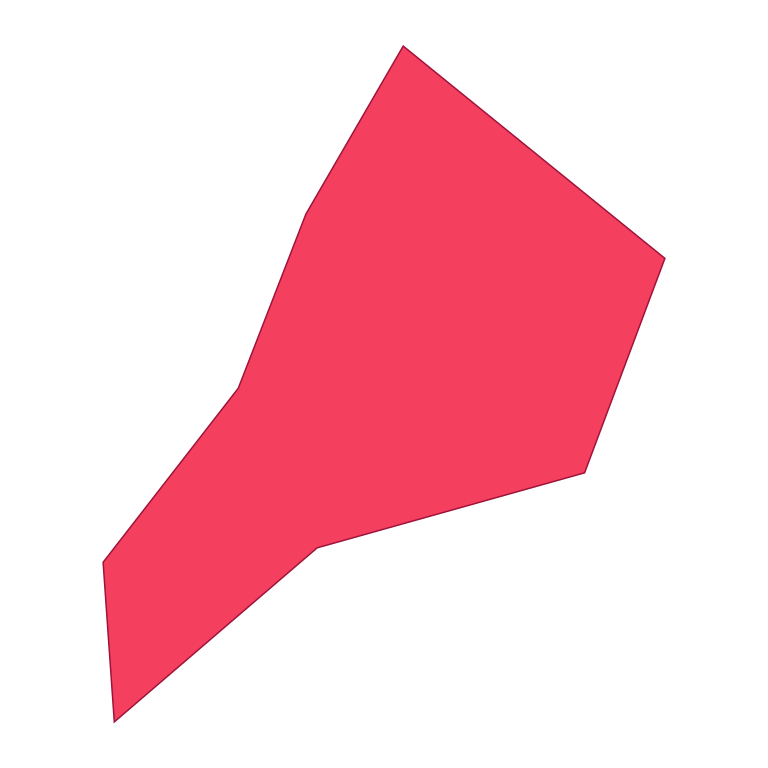 outline of Schellenberg
{"feature_id": "LIE-4899", "entity_name": "Schellenberg", "entity_type": "state/province", "adm_level": 1, "iso_a3": "LIE", "parent_name": "Liechtenstein", "parent_adm1": "", "projection": "equal_earth", "projection_center": [9.531, 47.238], "detail": "fine", "context": "isolated", "style": "filled", "palette": "rose", "viewbox_px": 768, "rotation_deg": 0, "n_neighbors": 0, "source": "natural_earth", "source_scale": "10m", "svg_char_len": 238}
<svg xmlns="http://www.w3.org/2000/svg" viewBox="0 0 768 768"><path d="M403.2,46.1L664.9,258.4L584.6,472.8L317.2,547.8L114.3,721.9L103.1,562.3L238.3,388.2L305.9,214.1L403.2,46.1Z" fill="#f43f5e" stroke="#9f1239" stroke-width="1.5"/></svg>